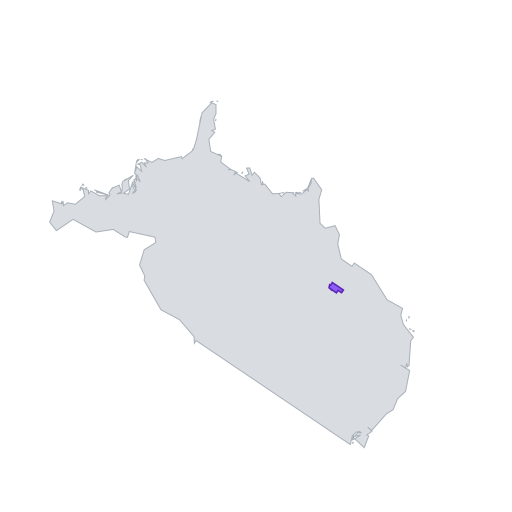 Cibola, New Mexico, United States of America (highlighted), rotated 214°
{"feature_id": "52423323B12149519863623", "entity_name": "Cibola", "entity_type": "district", "adm_level": 2, "iso_a3": "USA", "parent_name": "United States of America", "parent_adm1": "New Mexico", "projection": "robinson", "projection_center": [-108.196, 34.963], "detail": "fine", "context": "in_parent", "style": "filled", "palette": "violet", "viewbox_px": 512, "rotation_deg": 214, "n_neighbors": 0, "source": "geoboundaries", "source_scale": "gbopen_adm2", "svg_char_len": 4157}
<svg xmlns="http://www.w3.org/2000/svg" viewBox="0 0 512 512"><g transform="rotate(214 256 256)"><path d="M402.1,186.4L428.2,184.1L435.6,165.4L446.1,168.7L448.5,180.2L455.7,187.9L446.1,190.6L445.9,192.8L443.8,190.1L442.0,194.7L434.7,197.9L431.3,209.4L436.4,214.4L439.3,213.8L438.2,211.6L439.3,212.6L439.9,215.1L431.6,216.7L429.6,214.0L429.3,217.6L419.5,218.4L412.7,223.1L413.2,220.4L412.2,218.8L411.1,225.0L413.3,226.1L413.3,231.4L409.1,238.2L403.4,234.0L406.0,229.7L402.8,232.7L404.7,237.4L407.2,240.2L408.0,243.2L402.9,254.3L404.0,247.3L398.4,240.8L400.9,233.8L396.2,235.9L399.0,246.2L393.9,243.1L392.3,243.4L393.5,240.2L393.3,239.2L391.9,241.7L392.1,243.9L399.8,247.9L398.3,249.7L394.7,246.1L393.4,245.5L397.9,249.8L399.8,250.7L399.0,253.2L396.6,251.2L400.5,255.2L399.7,255.7L397.8,253.7L393.3,252.8L399.2,256.5L402.7,256.4L407.2,265.9L403.3,258.6L404.8,263.3L398.1,262.3L403.4,267.0L405.6,265.7L403.1,269.9L396.6,268.4L400.7,270.7L397.6,272.8L401.6,274.4L394.6,275.4L391.5,282.3L385.0,284.2L373.4,296.7L371.7,295.3L367.8,306.8L367.6,309.7L370.2,318.5L380.8,344.5L378.4,358.3L373.8,359.1L368.8,351.7L367.6,345.6L360.6,338.5L362.7,335.3L359.4,335.5L360.3,326.4L352.1,317.3L340.2,319.4L337.7,314.2L325.9,313.7L327.3,311.7L325.3,313.7L320.0,314.6L319.7,310.6L319.0,313.5L302.8,314.2L309.8,316.3L307.6,320.0L313.0,323.6L310.4,325.5L304.4,320.7L304.1,324.5L296.1,322.9L291.4,318.1L288.8,320.5L277.0,316.8L270.3,322.0L272.0,320.6L268.3,319.3L266.6,325.7L259.6,329.8L261.2,328.6L256.5,327.9L258.2,330.1L252.8,332.8L250.9,340.0L248.4,338.8L250.6,340.8L251.1,347.3L253.4,351.3L251.8,352.7L238.6,347.7L235.5,338.1L221.2,318.9L214.1,317.8L207.4,325.4L198.8,320.4L194.9,311.6L183.6,301.2L170.6,301.1L170.6,305.1L149.8,305.1L122.9,293.0L105.2,294.5L102.9,287.9L95.5,281.6L80.1,276.7L80.2,272.0L68.0,250.9L68.5,248.7L71.0,251.5L69.5,246.9L75.2,246.4L64.6,247.0L56.3,227.4L58.8,216.9L56.4,205.3L59.7,197.7L62.5,176.0L67.7,176.6L61.9,175.5L64.0,169.7L61.9,169.8L59.1,157.6L72.0,159.7L69.1,166.1L73.5,161.5L72.8,166.9L69.6,168.2L71.9,168.4L74.4,166.2L75.5,160.8L72.5,152.4L258.5,152.4L258.3,149.2L262.3,154.5L283.7,160.4L304.8,158.3L335.2,173.3L336.9,177.2L347.5,183.4L352.2,198.7L346.6,211.1L350.3,215.1L374.7,205.4L373.0,199.6L375.1,198.6L389.2,198.2L402.1,186.4ZM422.9,221.0L427.0,220.4L412.6,224.0L424.3,219.6L422.9,221.0ZM73.2,157.6L74.7,161.0L74.5,161.5L72.3,158.9L73.2,157.6ZM253.2,350.2L251.3,344.4L251.3,341.1L251.7,344.6L253.2,350.2ZM447.2,191.1L447.4,192.9L446.7,192.5L447.2,191.1ZM291.6,319.8L292.0,321.1L290.7,320.1L291.6,319.8ZM86.0,282.0L87.8,281.3L87.9,281.5L86.0,282.0ZM84.1,281.5L83.4,282.5L82.8,281.6L84.1,281.5ZM435.6,217.0L434.6,218.1L434.2,217.8L435.6,217.0ZM252.3,338.1L251.3,340.7L253.6,335.7L252.3,338.1ZM377.7,335.9L379.7,341.0L377.3,335.4L377.7,335.9ZM95.0,286.3L95.8,287.7L94.9,286.4L95.0,286.3ZM379.3,359.0L377.9,360.7L380.1,357.3L379.3,359.0ZM408.1,269.1L406.7,271.1L407.5,266.3L408.1,269.1ZM71.5,154.8L71.5,155.8L70.8,155.3L71.5,154.8ZM258.3,331.2L255.8,332.3L258.4,330.8L258.3,331.2ZM439.7,217.5L439.8,218.8L438.5,218.4L439.7,217.5ZM94.9,290.2L95.5,291.9L94.6,290.4L94.9,290.2ZM255.2,333.3L254.2,334.0L255.1,332.9L255.2,333.3ZM407.5,245.4L406.1,248.0L407.7,244.3L407.5,245.4ZM269.6,323.2L267.9,324.2L270.3,322.4L269.6,323.2ZM368.2,308.2L368.0,310.3L367.8,308.8L368.2,308.2ZM402.3,274.7L401.7,275.2L403.2,273.6L402.3,274.7ZM344.5,319.0L342.5,320.1L341.7,319.9L344.5,319.0ZM319.2,314.3L318.9,314.6L317.7,314.6L319.2,314.3ZM365.4,345.8L365.8,347.3L365.0,345.4L365.4,345.8ZM314.2,317.2L313.9,318.6L313.7,316.2L314.2,317.2ZM374.9,362.7L373.8,362.8L375.3,362.4L374.9,362.7ZM413.1,232.3L412.4,233.6L413.2,231.7L413.1,232.3ZM405.5,271.5L404.8,272.0L404.7,272.0L405.5,271.5Z" fill="#d9dde1" stroke="#a8b0b8" stroke-width="1"/><path d="M164.5,273.4L164.5,274.5L164.5,274.8L164.5,275.0L164.5,276.7L165.0,276.7L172.1,276.7L174.2,276.7L174.4,276.7L178.0,276.7L177.9,276.4L177.9,274.8L177.9,273.4L178.9,273.4L178.0,271.1L177.7,270.4L177.2,270.4L174.8,270.4L174.8,270.0L174.1,270.0L174.1,270.4L173.3,270.4L171.3,270.4L168.7,270.4L168.7,270.5L168.7,273.4L168.4,273.4L166.0,273.4L164.5,273.4Z" fill="#8b5cf6" stroke="#5b21b6" stroke-width="1.5"/></g></svg>